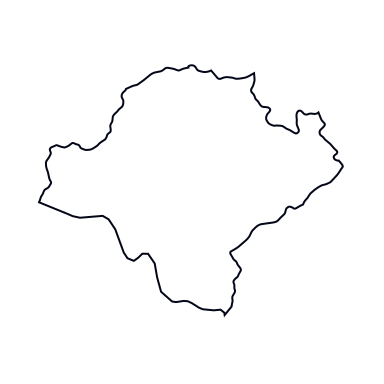 the border of Toplicki, rotated 352°
{"feature_id": "SRB-835", "entity_name": "Toplicki", "entity_type": "District", "adm_level": 1, "iso_a3": "SRB", "parent_name": "Republic of Serbia", "parent_adm1": "", "projection": "mercator", "projection_center": [21.443, 43.114], "detail": "fine", "context": "isolated", "style": "outline", "palette": "ink", "viewbox_px": 384, "rotation_deg": 352, "n_neighbors": 0, "source": "natural_earth", "source_scale": "10m", "svg_char_len": 5454}
<svg xmlns="http://www.w3.org/2000/svg" viewBox="0 0 384 384"><g transform="rotate(352 192 192)"><path d="M66.6,196.9L39.1,180.9L40.0,179.4L41.8,175.7L43.8,173.4L45.3,170.8L45.9,169.9L47.0,169.0L49.5,168.0L50.1,167.7L50.9,167.1L53.5,163.9L53.7,163.4L53.8,162.6L53.6,162.0L53.0,160.5L52.7,159.3L52.5,158.0L52.1,152.5L51.3,148.5L51.1,146.0L51.3,143.6L51.5,142.4L52.2,141.0L55.3,137.7L57.2,134.9L57.6,133.9L57.6,133.0L57.2,131.4L57.1,130.2L57.4,129.4L58.0,128.7L59.2,128.1L62.0,127.4L63.5,126.9L64.5,126.8L65.0,127.0L67.7,128.5L69.2,129.2L71.7,130.1L72.8,130.1L74.4,129.7L77.0,128.7L79.6,127.1L80.2,126.9L81.0,126.9L81.6,127.1L83.6,128.4L85.7,129.3L86.2,129.6L86.6,130.1L87.0,130.6L87.8,132.7L88.4,133.3L89.0,133.7L91.3,135.0L92.1,135.4L93.4,135.7L96.0,135.9L97.3,135.8L98.6,135.6L101.0,134.7L103.3,133.6L104.8,132.8L106.8,131.2L108.4,130.2L110.4,129.2L113.0,128.0L113.4,127.7L114.2,126.9L114.9,125.9L115.8,124.0L116.4,123.1L117.2,122.5L118.8,121.6L119.5,121.1L119.9,120.4L120.1,119.5L120.2,118.5L120.2,115.8L120.3,115.1L120.5,114.4L120.8,113.8L122.6,111.4L123.0,110.6L123.3,109.6L124.0,106.6L124.4,105.9L124.8,105.3L125.9,104.2L129.1,101.9L131.4,99.8L133.7,98.4L134.5,97.9L135.1,97.2L135.6,96.4L136.0,95.5L136.3,94.5L136.7,92.2L136.6,91.3L135.7,88.7L135.6,87.8L135.7,87.0L135.9,86.2L136.5,85.1L137.2,84.2L138.2,83.4L139.6,82.5L140.4,81.8L140.8,81.2L140.9,80.8L143.8,79.9L148.5,78.6L152.1,78.3L153.5,77.8L159.8,74.5L166.7,70.3L168.0,69.6L169.6,69.0L171.5,68.5L176.6,68.2L177.8,68.1L179.0,67.8L180.3,67.2L182.4,66.0L183.0,65.7L183.9,65.6L184.8,65.6L185.5,65.7L189.9,67.1L191.6,67.8L194.1,69.2L195.5,69.8L196.3,69.8L197.2,69.6L199.1,69.0L201.2,68.6L204.0,68.4L205.7,68.3L205.6,67.9L205.8,67.3L206.5,66.7L207.5,66.5L208.6,66.4L209.7,66.5L210.5,66.8L211.3,67.1L212.1,67.8L212.8,68.7L214.0,71.4L214.4,71.9L214.7,72.3L215.8,73.0L217.8,73.9L220.3,74.8L221.3,75.0L222.4,75.1L224.7,75.0L225.8,74.9L227.8,74.3L231.2,79.6L233.1,82.7L233.9,83.4L234.8,83.8L235.9,83.9L239.3,83.1L241.5,83.0L242.6,83.1L243.6,83.3L247.1,84.2L248.1,84.5L250.8,85.8L252.0,86.1L254.4,86.3L258.2,86.3L260.7,86.1L262.0,85.9L264.3,85.2L270.0,83.0L269.6,89.3L269.4,90.4L268.5,92.7L267.4,95.0L266.5,96.4L265.2,98.1L264.8,98.8L264.7,99.5L264.7,100.5L264.8,101.2L265.2,101.9L266.5,103.6L266.8,104.3L267.3,105.9L267.7,108.1L268.0,108.9L268.5,109.6L269.9,111.4L270.6,112.8L271.4,114.7L271.7,115.3L272.6,116.5L273.1,117.0L273.8,117.4L274.6,117.7L277.7,118.4L278.7,118.7L279.3,119.0L279.8,119.4L280.5,120.2L280.9,121.0L280.9,121.6L280.6,122.3L279.8,123.3L277.7,125.1L277.0,125.9L276.2,127.4L275.9,128.1L275.7,129.1L275.6,130.1L275.8,131.1L276.3,132.4L277.1,134.1L277.6,134.8L278.3,135.4L279.9,136.6L280.9,137.1L281.9,137.6L283.2,137.9L283.9,137.9L284.3,137.8L288.6,138.6L289.8,139.0L290.7,139.3L291.9,140.2L293.2,141.4L294.3,142.4L297.6,144.4L301.2,147.4L302.0,147.9L302.7,148.4L303.7,148.5L304.2,148.4L305.0,147.9L305.6,147.5L306.0,147.0L306.3,146.4L306.4,145.7L306.4,145.1L306.0,143.5L305.4,141.1L305.2,140.1L305.2,139.1L305.3,138.0L305.8,135.4L306.0,131.6L306.2,130.4L306.5,129.2L306.8,128.6L307.8,127.1L308.6,126.6L309.2,126.4L309.9,126.4L310.9,126.7L311.7,127.3L312.4,128.2L313.4,129.7L313.9,130.3L314.5,130.7L315.7,131.2L316.6,131.3L318.7,130.9L319.7,130.8L320.7,130.9L324.0,131.7L324.8,131.8L325.6,131.8L326.4,131.7L327.3,131.4L328.3,130.8L329.9,137.4L330.3,138.7L330.9,139.8L332.6,142.2L332.9,143.1L332.9,143.9L332.6,144.4L332.0,145.2L331.2,145.9L328.6,147.8L327.4,148.8L327.0,149.5L326.7,150.2L326.6,151.1L326.6,152.0L326.9,152.9L327.3,153.8L329.3,155.7L330.7,158.0L331.5,159.1L335.3,163.3L336.1,164.4L338.8,168.6L341.1,171.5L341.3,172.0L341.4,172.6L341.3,173.2L340.8,173.9L340.3,174.4L338.3,175.5L337.8,175.9L337.3,176.6L337.2,177.5L337.3,178.4L337.8,179.4L338.7,180.2L339.5,180.7L340.4,181.1L341.3,181.4L341.7,181.3L343.6,184.3L344.6,186.1L344.8,187.0L344.9,187.5L344.5,188.4L342.3,190.7L340.1,193.3L337.8,195.6L331.3,200.9L330.2,201.6L326.4,202.8L325.3,203.0L321.8,203.4L320.1,203.9L317.7,204.9L313.9,206.8L309.9,209.4L308.9,210.1L307.6,211.5L305.5,214.0L303.4,215.7L301.9,217.2L300.8,218.8L300.3,219.8L297.1,220.8L294.4,221.9L293.0,222.5L292.4,222.7L291.8,222.8L291.4,222.8L290.8,222.6L288.6,220.9L287.1,220.2L286.5,220.1L285.6,220.1L285.0,220.3L283.8,221.0L283.2,221.5L282.8,222.1L282.4,222.8L281.4,225.4L281.0,226.0L280.4,226.6L279.2,227.6L276.3,229.6L273.3,232.1L272.3,232.7L271.5,233.0L270.7,233.2L269.4,233.4L268.0,233.5L256.7,233.5L255.3,233.6L254.0,233.9L252.6,234.4L251.1,235.2L250.2,235.8L246.7,238.4L245.9,239.2L245.2,240.1L243.3,243.0L242.5,244.1L240.6,245.9L238.8,247.3L229.9,253.0L226.9,254.4L222.5,256.2L221.9,256.6L221.5,257.0L221.4,257.6L221.4,258.3L221.7,259.3L222.7,261.6L223.8,264.4L224.4,265.2L226.0,266.9L226.3,267.5L227.0,270.0L227.4,270.9L229.1,273.8L229.5,274.7L229.6,275.6L229.4,276.5L229.1,277.0L227.4,279.2L226.8,280.0L225.9,281.6L225.5,282.1L224.9,282.6L223.4,283.5L222.3,284.3L221.3,285.3L220.7,286.1L220.6,286.7L220.5,287.3L220.9,289.2L221.0,290.1L220.6,292.9L220.6,293.8L220.9,295.6L220.7,296.5L220.2,297.6L217.8,300.6L217.3,301.7L217.1,302.6L217.1,305.0L216.9,306.0L215.4,310.2L215.3,310.9L207.2,318.4L207.2,316.0L203.9,312.5L197.1,312.2L186.3,309.6L182.8,307.5L176.2,301.9L172.6,299.6L168.7,298.7L160.8,298.8L157.1,297.7L147.5,286.5L145.6,271.8L145.1,257.5L139.9,247.1L134.2,246.2L129.6,249.6L124.8,252.1L118.9,248.6L116.0,242.5L110.8,218.2L105.6,207.4L100.2,203.2L77.5,201.9L70.5,199.3L66.6,196.9Z" fill="none" stroke="#020617" stroke-width="2"/></g></svg>